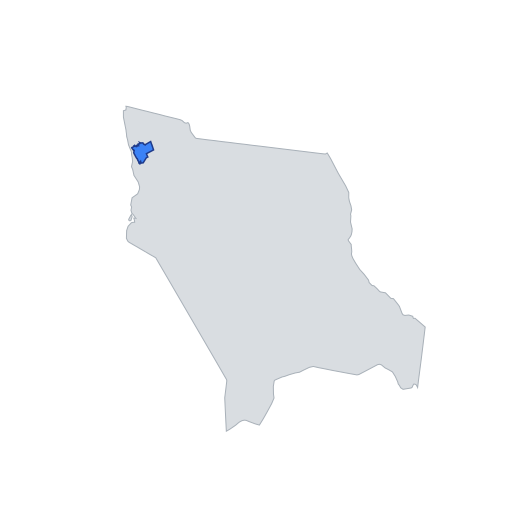 Ganze, Coast, Kenya shown in context, rotated 150°
{"feature_id": "3690345B60815732971252", "entity_name": "Ganze", "entity_type": "district", "adm_level": 2, "iso_a3": "KEN", "parent_name": "Kenya", "parent_adm1": "Coast", "projection": "equal_earth", "projection_center": [39.55, -3.436], "detail": "fine", "context": "in_parent", "style": "filled", "palette": "blue", "viewbox_px": 512, "rotation_deg": 150, "n_neighbors": 0, "source": "geoboundaries", "source_scale": "gbopen_adm2", "svg_char_len": 5012}
<svg xmlns="http://www.w3.org/2000/svg" viewBox="0 0 512 512"><g transform="rotate(150 256 256)"><path d="M142.8,309.6L142.7,303.1L143.4,286.5L143.3,271.9L143.9,264.6L146.6,260.0L147.8,256.6L148.7,251.9L150.1,248.1L153.2,245.0L153.8,243.3L157.2,238.1L159.2,231.4L160.7,229.1L162.6,227.0L164.0,225.9L166.2,224.8L167.9,224.2L168.2,223.7L168.3,222.6L167.8,218.4L168.5,217.1L169.7,214.3L171.0,211.7L172.3,210.1L172.9,208.4L173.3,205.5L173.3,203.4L173.3,200.0L172.9,192.4L171.5,186.0L170.6,178.8L171.3,176.4L170.2,172.2L169.6,172.0L168.7,171.1L167.5,167.1L166.7,163.5L166.1,162.6L162.3,159.4L160.4,151.9L158.3,150.3L157.2,142.8L157.0,140.7L158.2,133.3L158.1,131.6L156.8,130.1L153.2,128.5L150.4,125.4L150.7,124.4L150.9,123.3L149.4,122.5L145.0,109.9L150.7,102.3L156.5,94.6L163.9,84.8L170.7,75.9L176.6,68.2L181.8,61.3L181.7,62.6L181.7,64.4L182.3,65.4L183.4,66.2L184.9,65.4L186.2,64.3L187.5,64.1L195.3,67.0L196.6,69.5L196.5,72.1L196.8,74.1L196.2,76.1L195.6,82.0L195.8,87.4L198.1,91.4L200.2,94.6L201.8,99.0L203.1,100.4L204.8,101.1L210.2,101.3L218.1,101.6L225.8,101.9L226.5,102.0L228.1,102.6L235.2,108.6L241.6,114.1L247.1,118.8L252.4,123.5L257.6,128.0L261.6,131.7L265.5,132.9L272.0,133.4L276.4,133.6L280.5,135.1L286.6,136.6L291.2,137.4L293.9,138.2L301.5,139.1L302.8,138.6L306.2,134.4L309.9,127.7L311.4,124.0L316.3,120.3L324.8,115.1L330.9,111.5L337.6,107.9L340.6,111.0L344.8,116.1L346.7,118.6L348.2,119.7L350.5,120.4L353.3,120.5L354.8,120.3L357.9,119.7L365.2,119.1L369.3,119.1L365.8,125.9L361.7,133.9L354.0,148.8L348.1,156.6L343.7,162.5L343.3,163.6L343.3,170.2L343.3,186.3L343.4,218.5L343.5,250.8L343.6,283.0L343.7,299.2L343.7,304.6L347.6,311.3L351.4,318.0L356.4,326.7L359.1,331.4L359.6,333.0L359.4,336.1L355.3,342.7L351.9,345.7L347.3,347.1L346.0,346.8L344.2,345.9L343.5,347.5L342.9,349.9L341.9,349.4L341.2,348.7L341.6,353.0L342.1,355.2L341.4,358.1L339.2,360.6L339.0,362.8L334.2,368.4L327.4,369.0L323.8,371.8L322.2,374.1L321.0,379.1L321.4,386.8L319.5,392.7L319.2,395.6L315.7,399.4L314.1,402.9L312.9,406.5L311.9,408.1L310.8,416.1L309.1,420.9L308.7,422.5L308.3,424.0L307.0,426.8L306.2,428.8L305.6,430.1L301.4,442.5L298.2,448.1L295.7,447.5L294.0,449.7L293.8,450.7L292.9,450.1L290.8,448.1L286.4,443.8L282.1,439.6L277.7,435.4L273.4,431.2L269.0,427.0L264.7,422.7L260.3,418.5L255.9,414.3L253.4,411.8L252.3,410.3L251.4,407.4L250.9,406.7L249.8,405.8L248.4,405.6L248.0,405.0L248.0,403.6L248.5,401.6L250.1,397.7L250.3,395.4L250.0,392.8L249.5,388.7L249.0,387.8L246.1,385.6L240.1,381.0L234.0,376.5L228.0,371.9L221.9,367.4L215.9,362.8L209.8,358.3L203.8,353.7L197.7,349.2L191.6,344.6L185.6,340.1L179.5,335.5L173.5,331.0L167.4,326.4L161.4,321.9L155.3,317.3L149.3,312.8L147.0,311.1L144.9,309.6L142.8,309.6ZM344.1,353.8L343.1,354.2L343.6,352.0L346.7,349.2L348.0,349.8L348.2,350.5L348.2,351.0L347.6,351.6L344.1,353.8Z" fill="#d9dde1" stroke="#a8b0b8" stroke-width="1"/><path d="M307.8,393.4L307.1,393.1L301.9,395.9L300.2,395.8L299.8,399.4L291.7,399.1L291.6,399.5L291.5,399.8L291.5,400.1L291.4,400.5L291.0,402.4L291.0,402.6L290.9,402.8L290.9,403.0L290.8,403.4L290.6,404.3L290.6,404.5L290.6,404.8L290.5,405.1L290.5,405.3L290.0,407.8L292.5,407.8L294.5,407.8L295.3,407.8L295.5,407.8L295.9,407.8L296.1,407.8L296.2,407.7L296.3,407.7L296.5,407.6L296.6,407.8L296.5,408.0L296.7,408.3L296.8,408.4L296.8,408.5L297.0,408.6L297.3,408.8L297.4,409.0L297.4,409.3L297.4,409.5L297.4,409.8L297.3,410.0L297.3,410.3L297.5,410.4L297.6,410.5L297.8,410.8L298.0,410.9L298.2,411.0L298.3,411.0L298.6,411.1L298.8,411.2L298.9,411.3L299.0,411.4L299.3,411.5L299.5,411.8L299.7,412.0L299.8,412.0L300.0,412.3L300.0,412.2L300.0,411.9L300.1,411.7L300.3,411.5L300.5,411.5L300.8,411.4L300.9,411.5L301.0,411.6L301.3,411.7L301.5,411.7L301.7,411.8L301.8,411.8L302.1,411.9L302.3,411.9L302.4,411.6L302.4,411.4L302.4,411.1L302.4,410.9L302.5,410.2L302.7,410.3L302.8,410.4L302.9,410.5L303.0,410.4L303.2,410.5L303.1,410.8L303.1,411.0L303.3,411.0L303.5,410.9L303.7,411.0L303.7,411.3L303.8,411.3L304.0,411.4L304.1,411.2L304.3,411.1L304.3,410.9L304.4,410.7L304.5,410.8L304.6,411.0L304.8,411.0L304.8,410.9L304.8,410.7L305.0,410.6L305.2,410.8L305.2,411.0L305.3,411.2L305.5,411.4L305.6,411.9L305.6,412.0L305.7,412.3L305.8,412.2L306.0,412.1L306.3,412.0L306.4,411.9L306.5,412.0L306.5,411.9L306.5,412.0L306.7,411.9L308.6,411.9L309.2,412.0L309.2,411.9L309.3,411.8L309.4,411.7L309.5,411.6L309.5,411.4L309.5,411.1L309.3,409.6L309.2,409.3L309.2,409.1L308.9,409.1L308.9,408.7L308.7,408.3L310.1,406.8L310.3,406.2L310.3,405.9L310.4,405.7L310.4,405.2L310.4,404.3L310.5,402.3L310.5,402.2L310.5,401.7L310.5,401.0L310.5,400.4L310.4,400.1L310.3,399.4L310.2,399.4L310.2,399.2L310.3,398.9L310.4,398.7L310.4,398.3L310.4,398.1L310.5,398.0L310.5,397.8L310.5,397.6L310.5,397.4L310.5,397.2L310.4,397.1L310.4,396.9L310.4,396.7L310.5,396.5L310.5,396.4L310.5,396.2L310.6,395.9L310.7,395.7L310.8,395.3L310.8,395.1L310.8,394.9L310.9,394.7L310.6,394.0L310.3,394.4L309.9,394.9L309.7,395.1L309.3,395.4L309.0,395.4L308.8,395.5L308.6,395.6L309.1,393.9L307.8,393.4Z" fill="#3b82f6" stroke="#1e3a8a" stroke-width="1.5"/></g></svg>